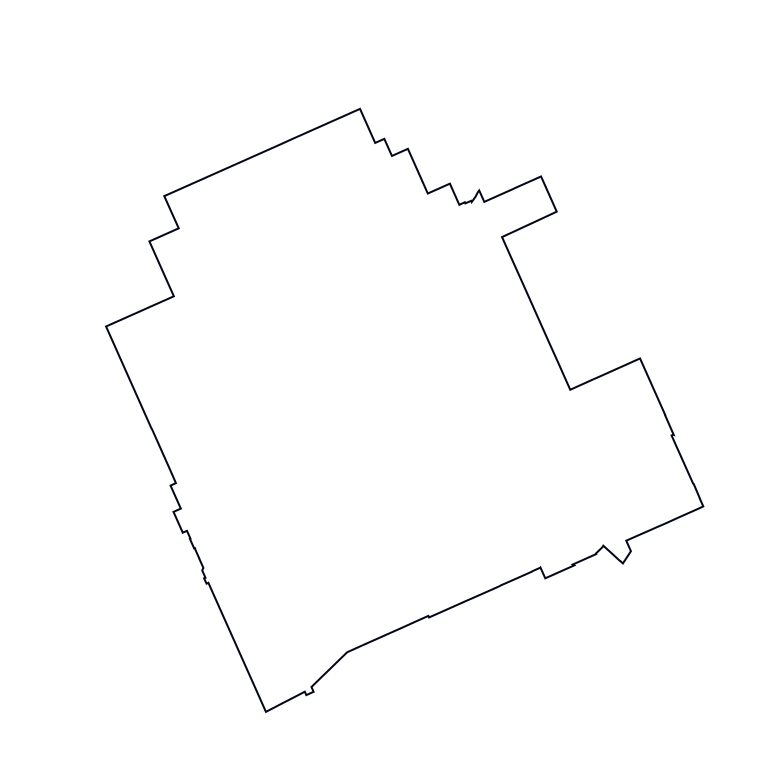 Mingenew, Western Australia, Australia (Robinson projection), rotated 336°
{"feature_id": "25037944B46578815208654", "entity_name": "Mingenew", "entity_type": "district", "adm_level": 2, "iso_a3": "AUS", "parent_name": "Australia", "parent_adm1": "Western Australia", "projection": "robinson", "projection_center": [115.511, -29.145], "detail": "fine", "context": "isolated", "style": "outline", "palette": "ink", "viewbox_px": 768, "rotation_deg": 336, "n_neighbors": 0, "source": "geoboundaries", "source_scale": "gbopen_adm2", "svg_char_len": 2374}
<svg xmlns="http://www.w3.org/2000/svg" viewBox="0 0 768 768"><g transform="rotate(336 384 384)"><path d="M153.5,230.1L153.5,316.8L153.5,321.3L153.5,330.2L153.6,330.5L153.7,330.8L153.7,374.2L153.6,389.9L147.7,390.0L147.7,410.6L147.7,414.8L147.7,415.2L139.7,415.2L139.7,438.0L144.2,438.0L144.3,438.0L144.3,446.6L143.7,446.6L143.7,457.0L144.5,457.0L144.5,457.7L144.5,458.0L144.4,458.2L144.3,458.4L144.3,465.3L144.3,465.5L144.3,468.5L144.2,468.5L144.2,478.6L142.3,480.1L142.1,480.8L142.1,484.2L142.1,488.4L140.6,488.4L140.7,494.2L142.7,494.2L142.7,504.6L142.8,612.4L142.8,635.5L162.2,634.3L176.8,633.5L186.5,632.9L186.5,636.6L194.5,636.6L194.5,631.3L208.5,626.1L217.9,622.7L231.9,617.5L241.2,614.1L255.5,614.0L265.0,614.0L284.0,614.0L302.9,614.0L317.2,613.9L326.7,613.9L330.2,613.9L330.2,615.6L370.1,615.6L370.4,615.6L370.7,615.6L389.3,615.7L407.0,615.7L408.2,615.6L408.7,615.5L428.2,615.6L442.9,615.6L443.1,615.5L443.2,615.4L452.1,615.4L452.3,615.3L452.3,627.1L468.5,627.1L484.0,627.1L483.0,625.7L483.3,625.7L508.6,625.7L508.6,625.1L517.8,621.7L518.6,621.0L523.1,631.2L527.8,642.1L528.0,642.1L529.3,645.1L541.6,637.2L541.6,634.2L541.6,625.9L541.6,625.7L541.8,625.7L547.1,625.7L553.5,625.7L568.0,625.8L570.3,625.8L575.8,625.8L582.7,625.9L587.4,625.9L595.8,625.8L600.6,625.8L607.7,625.8L621.8,625.8L625.9,625.7L625.9,617.0L626.0,617.0L626.3,601.3L625.9,600.8L625.8,559.7L625.8,559.0L625.8,548.0L627.8,548.0L628.0,548.2L628.0,547.8L628.1,526.9L628.3,526.9L628.3,511.6L628.3,511.4L628.3,464.8L598.1,464.9L574.1,464.9L551.8,465.0L551.8,460.7L551.8,441.9L551.8,434.6L551.7,413.2L551.7,372.2L551.7,353.8L551.7,349.6L551.6,322.2L551.6,297.8L557.4,297.7L608.5,296.9L611.9,296.8L611.9,272.5L611.9,258.3L584.8,258.3L580.3,258.4L549.7,258.4L549.7,245.9L547.7,247.0L543.9,250.1L538.8,253.1L538.1,253.5L538.1,252.1L531.8,252.1L531.8,250.9L525.7,250.9L525.7,227.8L512.1,227.8L501.5,227.8L501.5,178.9L492.8,178.9L484.0,178.9L484.0,160.2L474.0,160.2L474.0,122.9L467.2,122.9L443.7,122.9L421.4,122.9L398.8,122.9L388.7,123.0L364.5,123.0L362.5,123.0L358.5,123.0L354.4,123.0L345.1,123.0L336.2,123.0L327.3,123.0L326.7,123.0L315.7,123.0L310.9,123.0L285.3,123.0L276.8,123.0L259.7,123.0L259.8,158.3L242.8,158.3L227.7,158.3L227.7,190.8L227.7,218.4L226.7,218.4L215.3,218.4L202.0,218.4L192.4,218.4L178.0,218.4L163.7,218.4L153.5,218.4L153.5,230.1Z" fill="none" stroke="#020617" stroke-width="2"/></g></svg>